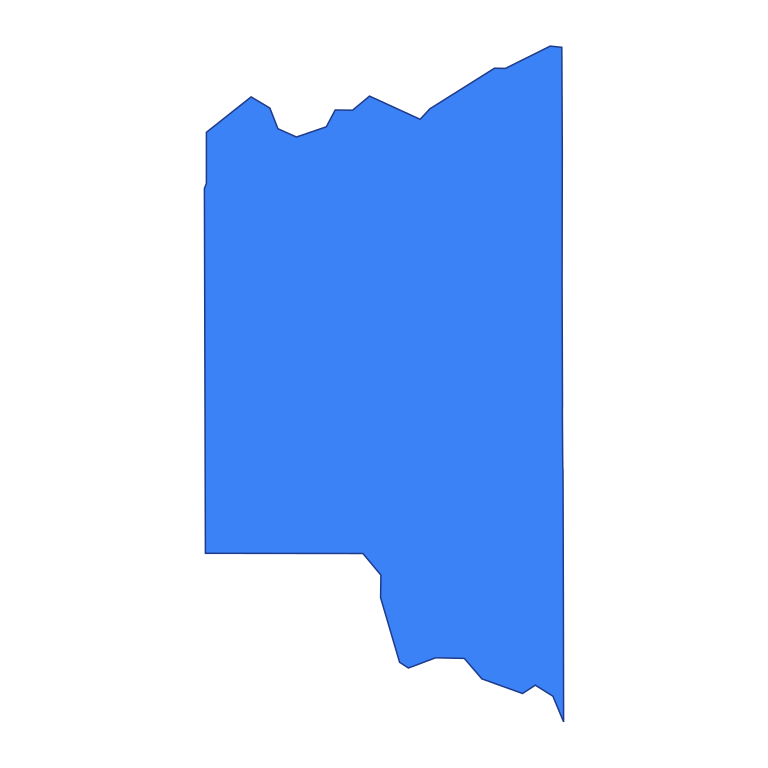 outline of Teton, Idaho, United States of America
{"feature_id": "52423323B31857340123738", "entity_name": "Teton", "entity_type": "district", "adm_level": 2, "iso_a3": "USA", "parent_name": "United States of America", "parent_adm1": "Idaho", "projection": "mercator", "projection_center": [-111.172, 43.743], "detail": "fine", "context": "isolated", "style": "filled", "palette": "blue", "viewbox_px": 768, "rotation_deg": 0, "n_neighbors": 0, "source": "geoboundaries", "source_scale": "gbopen_adm2", "svg_char_len": 641}
<svg xmlns="http://www.w3.org/2000/svg" viewBox="0 0 768 768"><path d="M206.4,132.3L206.4,183.4L204.4,188.5L205.4,553.3L362.9,553.5L380.9,575.1L380.6,597.7L399.6,662.3L408.4,668.0L435.6,657.8L464.3,658.4L481.9,678.9L522.5,693.5L535.3,685.2L552.9,696.2L563.6,721.9L563.4,607.6L563.1,501.5L563.0,470.9L562.7,465.4L562.8,464.2L562.7,461.3L562.4,413.5L562.4,407.2L562.5,406.7L562.1,282.3L562.3,152.6L561.9,59.2L561.8,47.3L550.2,46.1L505.4,68.4L494.5,68.2L430.0,108.7L420.1,119.3L369.5,96.1L352.6,110.2L335.2,110.0L326.3,126.8L296.4,137.0L277.9,128.7L269.9,108.1L251.1,96.9L206.4,132.3Z" fill="#3b82f6" stroke="#1e3a8a" stroke-width="1.5"/></svg>